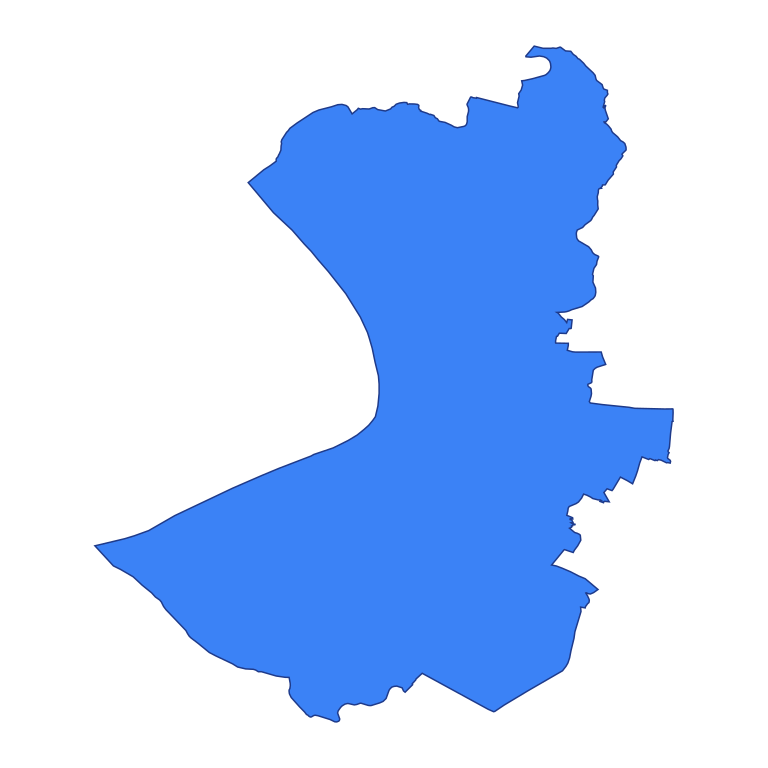 the district of Hinova, Mehedinti, Romania
{"feature_id": "2599482B25696524526243", "entity_name": "Hinova", "entity_type": "district", "adm_level": 2, "iso_a3": "ROU", "parent_name": "Romania", "parent_adm1": "Mehedinti", "projection": "natural_earth1", "projection_center": [22.791, 44.546], "detail": "fine", "context": "isolated", "style": "filled", "palette": "blue", "viewbox_px": 768, "rotation_deg": 0, "n_neighbors": 0, "source": "geoboundaries", "source_scale": "gbopen_adm2", "svg_char_len": 6077}
<svg xmlns="http://www.w3.org/2000/svg" viewBox="0 0 768 768"><path d="M379.7,702.9L383.1,701.4L386.1,698.5L389.0,690.4L389.9,689.0L391.7,687.2L393.9,686.4L396.8,686.1L402.1,687.8L403.5,690.9L405.1,692.2L412.6,684.7L412.2,683.8L415.6,680.1L416.1,678.9L422.2,673.3L488.2,709.3L493.6,711.7L494.8,711.4L504.1,705.1L527.9,690.8L562.5,670.8L566.0,666.3L567.9,663.0L569.6,657.9L571.0,650.6L574.0,638.3L574.9,631.8L581.0,611.5L580.6,607.1L585.2,607.9L585.5,606.6L587.6,603.7L588.9,602.6L589.1,601.9L589.3,600.1L588.8,598.6L587.5,595.8L585.8,593.0L586.2,592.8L588.5,593.7L590.4,594.0L593.6,592.6L598.0,589.5L585.2,578.7L578.7,576.0L570.6,571.8L562.2,568.2L556.4,566.0L551.6,565.0L564.0,549.9L564.5,549.6L573.2,552.5L574.4,550.2L577.7,545.8L580.8,540.2L580.3,535.2L579.5,534.4L577.3,533.3L574.7,532.5L569.5,528.2L571.6,527.2L571.5,525.9L572.6,525.9L573.0,524.7L574.8,524.8L575.0,524.3L572.3,523.6L571.1,522.8L573.0,522.5L571.8,520.0L570.1,519.5L570.2,518.7L572.8,518.9L572.6,517.7L566.8,515.3L567.8,511.1L568.2,508.1L569.2,506.5L576.1,503.6L578.5,502.0L581.6,498.1L583.6,494.1L586.9,495.2L590.7,497.1L592.7,498.5L598.1,499.9L600.5,500.0L601.3,500.6L600.4,500.6L599.9,501.4L603.5,502.7L603.8,501.8L604.6,501.3L609.2,501.8L603.9,492.5L607.1,488.8L612.0,490.6L613.1,489.3L620.4,477.1L627.2,480.6L632.6,483.8L635.8,475.9L637.5,470.9L639.7,463.0L642.0,456.9L648.7,459.5L649.9,458.6L655.0,460.6L655.5,460.0L657.3,460.6L658.5,459.6L661.2,460.2L666.5,462.8L667.8,462.6L670.2,463.1L670.6,461.3L670.1,460.2L667.7,458.4L667.5,457.6L668.1,454.5L669.1,452.7L668.1,451.7L668.0,450.9L669.1,448.5L669.5,446.3L670.6,433.1L672.1,421.5L673.1,421.2L672.8,420.1L673.1,412.8L673.0,409.1L672.7,408.9L664.6,409.0L634.7,408.3L629.1,407.3L602.5,404.6L590.3,403.0L589.3,401.6L591.0,396.4L591.5,393.7L591.1,389.0L590.5,388.1L588.3,386.5L587.7,385.0L588.0,384.2L590.8,383.0L591.5,382.6L591.8,382.0L591.9,381.0L591.7,380.2L593.3,370.2L595.1,368.4L597.1,367.2L605.7,364.4L602.6,356.9L601.2,352.0L575.4,352.1L572.5,351.8L567.3,350.3L568.3,345.4L568.3,343.3L555.8,343.1L555.6,342.8L555.6,340.8L556.5,336.4L557.5,336.2L559.3,333.2L566.2,333.5L569.2,328.5L570.8,328.6L571.2,328.3L572.1,319.9L567.6,319.4L566.7,322.6L564.3,319.5L561.3,317.0L558.2,313.1L557.0,312.4L564.6,312.0L566.8,311.6L569.3,310.8L571.7,309.7L582.2,306.5L588.9,301.9L591.0,299.9L593.1,298.6L594.8,296.4L595.3,295.2L595.8,292.3L595.5,288.0L592.9,282.1L593.3,275.8L592.5,274.5L593.9,268.4L596.5,264.6L597.0,261.3L598.7,256.8L598.1,256.0L594.9,254.6L593.5,253.5L592.5,252.4L591.3,249.9L588.7,246.8L578.6,240.9L577.2,239.0L576.7,237.8L576.3,233.7L576.5,232.1L577.3,230.0L582.7,227.4L585.1,224.7L590.7,220.6L591.6,219.4L592.7,217.1L594.2,215.3L598.2,208.9L597.7,204.9L597.8,200.9L597.5,199.6L597.3,197.3L597.3,196.4L598.3,192.7L598.4,190.1L598.7,189.2L599.5,188.5L601.3,188.3L600.8,187.8L602.1,186.5L602.5,185.0L605.3,184.8L608.1,180.2L613.4,174.1L613.2,172.0L616.5,167.0L616.3,165.3L619.1,160.7L621.0,158.8L622.8,156.0L622.8,155.5L622.0,154.6L622.2,153.8L626.0,150.1L626.1,149.5L626.0,147.1L624.8,143.5L623.0,141.9L620.6,140.6L617.7,136.9L612.8,132.7L611.8,131.3L611.0,129.0L608.5,125.9L606.8,124.2L604.3,122.6L604.1,121.9L605.9,121.9L608.3,118.8L605.4,110.4L604.9,107.8L605.7,105.8L605.5,105.5L605.1,105.6L603.7,107.8L603.1,107.2L604.7,101.6L604.3,100.2L604.8,98.0L607.1,95.3L607.9,94.0L607.4,92.5L607.4,90.3L603.9,89.1L603.1,87.8L602.1,84.6L596.7,80.5L596.0,79.1L595.1,75.3L593.1,72.8L585.8,66.0L583.6,63.2L579.4,59.2L578.0,58.7L576.1,56.3L573.3,54.4L570.8,51.3L565.5,50.9L560.7,47.3L560.0,47.1L556.2,48.4L552.9,48.0L551.0,48.3L543.1,48.3L534.2,46.1L525.8,56.1L526.0,56.8L531.0,57.2L539.5,56.0L543.7,56.7L546.6,58.0L549.0,60.3L549.7,61.3L550.5,63.5L550.9,67.1L550.5,69.1L549.9,70.6L548.2,72.7L546.1,74.6L544.5,75.4L532.1,78.8L524.4,80.5L521.7,80.8L522.6,85.1L521.2,90.0L518.7,93.7L519.1,96.1L517.5,102.7L518.2,106.3L518.1,107.3L517.5,107.8L509.8,106.0L476.5,97.5L476.4,98.2L473.1,97.7L471.5,97.0L470.6,97.1L467.0,104.2L467.2,105.1L468.3,107.6L468.6,109.6L468.5,111.6L467.2,116.6L467.2,121.9L466.4,124.6L464.9,126.0L463.8,126.4L457.4,127.7L454.2,126.9L451.3,125.2L445.1,122.4L439.4,121.3L438.7,120.7L437.4,118.8L435.3,117.7L433.9,115.5L430.5,114.3L430.0,114.6L427.0,113.2L420.6,111.1L420.8,110.4L419.5,109.7L419.0,108.8L418.6,107.5L418.9,105.7L418.7,105.2L417.6,104.4L414.5,104.0L409.4,103.9L407.6,104.3L406.8,102.6L404.0,102.4L399.6,103.0L396.2,104.2L394.1,106.3L392.0,107.2L390.6,108.9L385.4,111.0L377.7,109.6L374.7,107.6L372.8,107.7L369.1,109.0L362.7,108.7L360.5,109.1L358.3,108.3L357.2,109.7L352.1,113.9L347.9,106.8L346.1,105.5L342.0,104.4L337.8,104.7L331.4,106.8L318.9,110.0L313.0,112.5L296.9,123.1L289.9,128.3L288.2,130.7L286.6,132.3L281.9,139.6L281.2,141.8L281.6,143.5L281.1,146.0L280.9,150.2L279.3,153.9L278.5,155.2L278.0,156.7L276.8,158.0L276.2,159.0L276.2,161.2L269.4,166.2L264.0,169.6L248.2,182.6L273.5,212.7L292.2,230.2L304.5,244.3L311.2,251.3L318.2,259.9L328.2,271.4L345.8,293.7L360.3,317.0L367.5,332.5L369.2,337.9L372.2,348.2L375.1,362.2L378.4,375.7L379.1,384.0L379.1,393.5L377.9,406.0L375.4,416.7L372.7,420.5L368.7,425.3L364.0,429.5L357.2,435.0L348.1,440.5L333.2,447.9L313.7,454.5L311.1,456.0L279.3,468.2L262.5,475.2L232.8,488.1L174.8,515.6L148.7,530.6L134.3,535.8L124.4,538.8L94.9,545.8L113.4,565.9L120.5,569.4L133.2,576.8L142.4,585.4L151.6,592.8L155.4,597.0L159.7,600.0L161.3,601.9L163.6,606.5L165.9,609.6L185.9,630.5L187.6,633.7L189.3,636.3L191.2,638.1L197.8,643.1L209.3,652.5L215.8,655.9L232.5,663.8L237.6,667.0L245.6,668.9L253.3,669.3L255.6,670.0L258.3,671.7L261.4,671.7L276.2,676.0L285.2,677.3L289.1,677.4L290.2,683.3L290.3,685.7L289.9,688.5L289.1,690.1L289.1,691.5L289.4,693.8L291.2,697.5L299.6,706.9L304.6,712.0L306.5,714.5L307.8,715.1L308.9,716.2L310.3,717.0L311.4,716.9L313.8,715.5L315.1,715.2L317.9,715.7L330.0,719.5L334.8,721.8L336.8,721.9L338.6,721.2L339.2,720.7L339.6,719.8L339.7,718.9L337.6,713.0L338.2,710.8L340.6,707.4L342.2,705.8L345.0,704.1L347.5,703.5L348.7,703.6L354.3,704.9L356.7,704.5L360.3,703.2L361.3,703.3L368.2,705.4L370.1,705.6L371.3,705.5L379.7,702.9Z" fill="#3b82f6" stroke="#1e3a8a" stroke-width="1.5"/></svg>